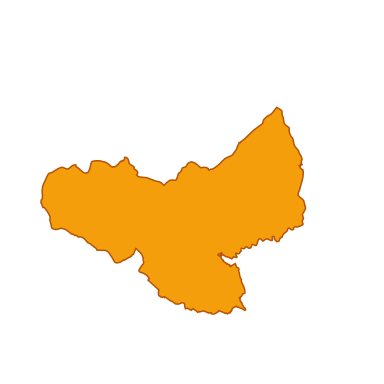 Nikhom Kham Soi, Mukdahan, Thailand, rotated 132°
{"feature_id": "78962969B97747212455543", "entity_name": "Nikhom Kham Soi", "entity_type": "district", "adm_level": 2, "iso_a3": "THA", "parent_name": "Thailand", "parent_adm1": "Mukdahan", "projection": "albers", "projection_center": [104.552, 16.34], "detail": "fine", "context": "isolated", "style": "filled", "palette": "amber", "viewbox_px": 384, "rotation_deg": 132, "n_neighbors": 0, "source": "geoboundaries", "source_scale": "gbopen_adm2", "svg_char_len": 6029}
<svg xmlns="http://www.w3.org/2000/svg" viewBox="0 0 384 384"><g transform="rotate(132 192 192)"><path d="M304.0,256.1L303.8,255.8L304.0,255.2L303.9,253.6L303.3,252.7L303.1,252.0L302.8,251.8L302.8,250.2L302.0,249.5L301.5,248.2L301.7,247.7L301.6,246.8L301.3,246.0L300.1,245.2L298.9,242.3L298.9,239.7L299.4,235.5L298.5,232.7L298.5,230.0L298.2,229.2L298.4,227.7L298.1,225.7L298.2,225.0L298.8,223.7L293.7,217.7L292.9,216.1L292.7,214.0L293.0,212.1L294.3,207.2L295.8,202.7L295.8,201.9L295.4,201.0L294.2,199.7L292.6,198.6L290.3,197.7L288.6,197.5L288.0,196.8L287.5,196.8L286.9,196.3L282.8,195.1L281.9,194.5L280.6,194.2L280.2,194.4L279.8,194.1L278.6,194.4L277.4,193.8L271.6,196.0L271.4,195.4L271.8,188.3L272.2,187.0L273.6,184.4L275.1,182.9L276.5,180.9L277.6,180.2L280.1,180.1L284.7,179.4L285.8,178.9L286.3,178.3L286.3,176.7L284.9,173.9L284.3,170.8L284.2,169.2L284.4,168.8L284.5,167.0L285.0,166.5L285.2,165.7L286.1,165.4L286.9,165.7L287.0,150.9L288.8,150.1L290.7,148.2L291.0,147.5L291.2,146.7L290.8,145.9L290.9,145.1L290.7,144.5L289.8,143.3L288.5,142.8L288.4,142.5L288.9,141.8L287.9,141.1L287.3,135.2L286.7,134.0L286.2,129.4L284.6,127.3L283.7,126.6L280.9,125.3L280.3,124.3L279.9,123.1L282.8,119.6L283.1,118.6L282.0,118.0L281.4,117.0L280.7,115.5L280.8,114.6L280.4,114.3L280.4,113.4L277.9,113.1L278.0,111.9L277.5,109.3L277.7,107.4L276.2,106.7L276.1,106.1L273.7,104.6L272.6,103.7L270.7,98.5L270.1,98.3L269.0,96.9L269.6,96.3L268.5,94.5L267.8,93.9L266.5,93.3L263.4,92.4L262.3,92.7L260.4,87.9L260.3,86.8L259.0,85.2L259.0,84.2L257.4,83.9L256.7,83.0L256.0,82.7L255.5,83.4L254.5,83.0L254.0,83.6L253.3,83.3L251.7,84.0L250.3,83.8L247.2,82.6L247.3,81.5L246.5,80.1L245.0,75.9L244.6,73.6L244.4,73.3L243.7,73.4L243.0,74.6L242.8,76.6L242.4,78.1L241.2,80.6L240.8,82.0L241.0,82.4L240.7,82.7L240.6,83.4L239.5,84.5L239.5,85.2L238.7,86.0L238.2,85.8L238.1,85.4L237.6,85.7L236.7,85.4L233.6,86.1L232.1,85.0L231.6,85.1L229.2,87.6L227.5,90.6L227.4,91.3L226.2,93.6L225.7,95.0L225.0,96.1L224.0,96.6L223.0,99.6L222.3,100.2L221.5,101.6L220.7,102.3L219.7,104.3L219.2,104.8L218.3,105.0L217.4,106.4L217.9,108.4L217.5,109.8L216.6,110.9L216.2,112.0L221.8,113.7L221.4,114.6L221.4,114.9L221.1,114.9L221.3,115.5L221.1,116.0L221.7,117.1L221.7,118.1L222.3,118.1L222.2,118.5L222.4,119.3L222.1,119.7L222.2,120.8L222.5,121.4L222.3,122.6L221.7,123.0L222.0,123.5L222.3,123.6L222.2,124.0L221.9,125.1L221.5,125.5L221.4,126.8L220.9,127.6L221.5,130.0L221.4,130.6L221.2,130.8L220.2,130.8L219.4,130.0L217.8,129.7L217.4,129.3L217.4,128.8L217.8,128.5L219.9,128.7L220.3,128.1L220.4,127.5L219.9,127.3L218.9,127.5L217.9,126.9L217.3,123.5L215.9,121.0L215.8,120.1L215.1,117.8L214.5,117.6L212.1,117.7L211.6,116.3L210.8,115.0L210.3,115.0L209.9,115.4L209.5,116.8L208.7,118.0L208.3,118.4L207.9,118.1L207.3,116.5L206.1,115.7L204.9,116.0L203.0,115.9L202.1,117.1L201.0,117.6L200.5,117.3L199.7,115.8L198.9,115.2L197.2,115.3L196.2,114.8L195.8,112.1L194.3,111.0L193.5,111.1L191.5,112.0L190.9,112.1L190.3,111.9L189.7,109.7L188.9,108.6L188.3,108.6L186.7,109.0L183.8,110.6L182.2,110.7L181.3,110.1L180.9,109.5L181.2,106.6L180.4,106.2L178.4,105.9L176.8,105.1L176.2,104.1L175.4,101.1L174.3,100.0L173.9,100.1L171.6,102.4L171.2,102.3L170.4,101.7L170.3,101.1L170.4,100.5L171.7,99.5L172.1,98.4L172.0,97.6L172.2,96.0L171.7,95.3L170.9,94.7L170.0,94.5L167.5,95.6L165.1,94.9L163.5,95.6L162.1,95.8L157.6,95.2L154.8,96.3L153.9,95.9L153.6,93.0L153.3,92.4L152.7,91.9L151.6,91.6L150.7,92.4L149.5,92.4L148.8,92.0L147.7,90.5L146.5,89.7L144.1,88.5L142.2,87.8L141.6,87.9L140.4,90.0L139.6,90.8L138.9,91.1L138.0,91.0L136.5,91.9L136.3,92.9L135.6,93.7L135.1,94.8L128.9,96.3L127.8,97.0L123.7,103.2L123.4,105.3L123.7,107.9L123.6,110.0L123.4,110.8L122.2,111.9L121.4,112.5L118.8,113.3L107.8,118.9L106.1,120.0L103.4,122.0L101.5,124.1L101.4,124.8L102.0,125.4L101.6,126.7L101.8,127.5L101.5,128.0L100.6,128.5L100.7,129.8L99.9,129.3L99.4,129.7L98.9,129.7L98.8,128.9L98.0,128.5L97.3,130.3L96.4,130.8L95.4,131.9L94.4,131.8L93.4,132.9L92.0,135.9L91.5,138.1L90.1,140.4L89.5,144.4L89.0,146.8L87.8,148.9L85.3,152.1L84.8,153.1L84.3,155.8L83.1,158.7L81.9,160.3L80.6,161.4L79.4,162.7L79.3,164.0L79.7,167.4L79.2,169.6L75.5,174.3L74.3,176.9L72.4,178.4L71.6,179.6L71.5,181.1L72.5,185.7L79.1,185.2L82.0,185.5L85.6,186.9L88.8,187.1L90.7,187.0L93.4,185.6L94.4,185.4L104.7,187.5L119.1,188.6L122.5,189.5L122.7,189.1L123.4,189.3L123.8,190.0L125.1,189.4L128.0,188.7L130.0,187.6L137.5,186.7L144.9,189.8L149.1,190.2L152.4,190.2L154.6,190.5L159.9,191.6L161.5,192.3L162.7,193.4L164.4,194.1L164.4,194.7L163.8,195.5L164.1,197.3L165.3,199.3L168.1,201.7L168.4,208.9L169.5,211.9L170.6,213.1L172.1,213.8L173.9,214.2L176.6,213.6L177.8,213.5L179.8,215.0L180.7,215.2L184.6,213.9L185.3,214.0L186.4,214.4L187.5,214.4L191.5,212.5L193.9,211.9L194.5,212.3L196.2,214.6L197.7,215.9L198.6,216.4L201.9,217.1L205.3,217.2L205.7,217.4L205.9,217.8L205.7,220.9L206.2,222.8L208.4,226.9L211.6,235.2L215.4,240.3L216.2,241.7L216.5,242.6L216.5,244.2L213.9,245.3L213.4,246.1L213.2,247.5L213.4,250.9L213.1,251.3L212.4,251.4L212.1,252.1L212.9,256.9L212.6,258.0L210.4,261.3L210.2,263.1L210.5,264.3L211.3,265.2L211.7,265.1L212.1,264.5L214.1,263.8L214.7,264.5L216.0,264.5L216.0,265.0L216.9,265.6L217.4,265.3L217.8,265.6L219.2,265.6L220.8,265.2L221.6,265.8L222.9,265.6L225.4,266.5L225.9,267.5L226.6,267.7L226.8,268.1L227.1,269.5L227.1,272.1L227.4,275.1L228.3,277.3L230.5,281.3L232.3,283.5L234.9,285.9L236.2,286.7L236.9,286.7L238.1,286.3L243.4,283.3L247.5,282.3L249.7,284.4L250.2,286.0L250.3,289.6L250.5,290.4L250.2,290.6L250.3,293.5L250.7,294.5L250.7,295.1L249.6,296.6L250.4,297.3L252.0,298.4L257.7,299.4L258.4,300.1L259.0,301.2L260.1,304.3L260.9,305.4L261.6,305.9L264.7,307.3L271.2,309.1L273.6,310.7L275.6,310.7L285.3,307.7L287.8,306.7L291.2,304.4L295.1,300.4L297.7,298.4L299.0,298.7L299.6,298.1L301.0,297.2L301.3,296.1L303.3,292.3L302.4,291.7L302.5,290.6L303.4,286.0L305.2,281.2L305.8,280.4L308.0,278.9L310.7,274.7L312.0,273.1L312.4,272.4L312.5,271.3L312.2,270.1L311.2,268.4L309.8,267.0L306.9,265.4L305.5,263.3L304.4,260.4L304.0,256.1Z" fill="#f59e0b" stroke="#b45309" stroke-width="1.5"/></g></svg>